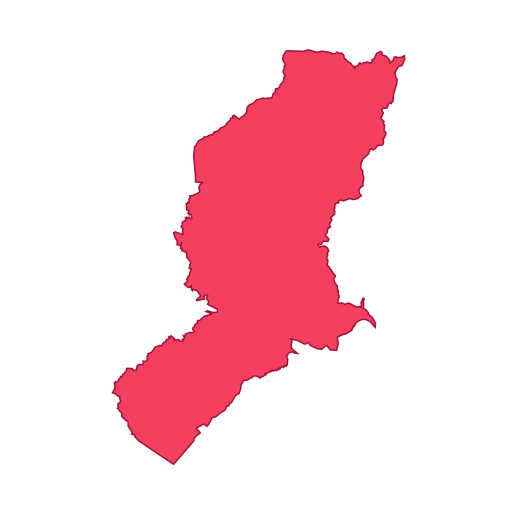 the district of Huanusco, Zacatecas, Mexico, rotated 95°
{"feature_id": "50627088B4993254330501", "entity_name": "Huanusco", "entity_type": "district", "adm_level": 2, "iso_a3": "MEX", "parent_name": "Mexico", "parent_adm1": "Zacatecas", "projection": "orthographic", "projection_center": [-102.931, 21.768], "detail": "fine", "context": "isolated", "style": "filled", "palette": "rose", "viewbox_px": 512, "rotation_deg": 95, "n_neighbors": 0, "source": "geoboundaries", "source_scale": "gbopen_adm2", "svg_char_len": 6082}
<svg xmlns="http://www.w3.org/2000/svg" viewBox="0 0 512 512"><g transform="rotate(95 256 256)"><path d="M316.7,131.1L312.8,131.0L308.5,133.6L306.3,135.6L305.6,137.5L304.7,137.9L304.1,139.2L302.6,139.3L299.9,141.9L298.9,144.6L295.8,144.4L291.9,145.1L289.6,144.4L288.6,144.9L289.1,146.0L291.8,146.4L292.6,147.2L297.6,146.6L297.2,148.3L298.0,150.3L297.5,152.8L295.0,158.9L295.0,160.5L296.4,163.2L295.2,166.4L295.9,169.1L295.6,170.5L291.7,170.3L288.9,169.4L286.4,171.0L283.0,171.1L281.8,172.2L278.6,172.5L276.2,174.9L273.0,176.4L271.4,176.6L269.9,175.3L268.2,175.4L267.7,176.7L266.4,177.3L266.2,178.3L265.0,178.5L264.6,179.5L263.3,179.7L262.9,180.9L260.5,182.1L259.2,184.2L254.0,184.0L251.8,185.6L249.0,184.6L246.6,185.3L244.6,183.9L241.9,185.5L240.2,188.1L240.1,189.4L241.5,193.4L239.0,195.4L238.4,194.1L239.0,192.2L235.4,190.3L235.2,185.6L233.1,184.9L232.3,185.2L229.1,188.9L226.2,187.0L222.8,186.9L220.4,184.2L218.2,185.7L213.3,183.6L211.3,184.8L207.5,181.4L204.2,181.5L203.0,182.4L201.3,181.6L199.0,182.0L197.1,181.2L195.8,179.8L196.0,178.3L194.0,178.4L192.8,176.3L193.5,173.8L190.6,167.6L191.3,164.3L191.0,163.0L189.8,159.2L188.3,158.4L187.4,156.7L186.3,156.6L185.0,158.1L181.4,159.4L179.2,158.2L176.5,155.4L175.0,155.9L168.5,155.4L164.7,157.1L162.1,156.9L159.7,159.1L155.9,159.7L149.8,157.8L144.7,153.0L139.8,151.6L139.0,150.2L140.2,148.5L138.0,146.0L135.5,144.6L134.5,140.1L133.4,139.1L130.4,138.8L129.6,139.6L123.2,137.2L121.7,137.6L119.6,139.5L114.9,139.3L112.5,140.8L111.0,140.2L108.2,143.4L102.4,141.7L99.0,143.8L97.9,142.6L97.2,138.4L92.2,136.8L91.6,136.3L92.3,134.5L90.4,133.8L90.3,133.1L82.2,132.9L72.2,130.9L67.6,130.8L66.1,132.1L62.3,133.3L60.2,133.1L54.7,130.6L53.7,127.2L46.8,125.0L43.5,125.6L45.5,128.7L45.9,132.7L45.4,133.9L45.9,135.7L49.6,136.6L51.8,139.5L49.7,139.9L47.6,141.5L45.6,143.7L44.8,147.8L42.3,148.3L41.3,149.6L43.6,153.5L48.9,155.3L50.7,157.7L52.0,156.8L52.8,157.3L54.0,159.9L53.1,161.0L53.2,162.8L53.9,162.9L53.9,165.5L55.5,167.3L54.5,169.6L56.6,170.6L58.4,172.5L58.4,173.6L60.4,174.1L58.5,175.3L57.1,177.6L56.0,178.1L53.9,182.1L52.4,183.4L51.4,185.5L48.7,185.8L46.2,188.5L47.1,190.1L45.8,192.9L47.5,194.7L47.9,197.0L46.5,201.7L46.2,208.1L47.5,211.8L47.7,213.8L46.0,221.8L48.0,226.4L48.8,243.0L49.6,244.1L53.2,246.0L57.1,246.6L59.4,245.8L63.1,243.2L64.6,244.4L65.3,244.0L69.7,245.1L72.6,243.8L73.9,242.4L75.3,243.7L79.7,244.0L83.4,246.8L86.2,247.5L87.5,249.5L87.5,250.8L88.7,250.7L89.3,251.4L90.8,250.8L92.8,253.0L97.0,253.9L98.2,260.4L98.0,262.7L100.6,269.2L104.3,272.1L105.7,275.5L106.9,276.5L108.8,277.7L113.9,278.1L117.7,280.5L118.4,282.2L121.1,284.5L117.7,290.0L118.6,291.6L120.3,290.9L121.0,293.3L122.8,293.4L125.9,296.4L128.7,297.6L130.2,299.6L131.2,302.0L134.7,304.8L136.1,308.5L139.1,310.1L139.4,312.4L141.6,315.5L142.0,318.2L143.3,318.6L146.2,323.2L151.7,325.7L152.4,326.8L161.8,326.8L182.5,323.1L187.4,322.8L187.5,316.0L190.2,318.1L192.7,318.9L196.4,317.7L198.5,319.2L201.3,324.6L201.9,327.2L203.6,326.6L206.0,327.8L208.4,327.2L208.5,328.7L209.4,328.8L209.9,330.1L216.3,329.0L216.3,327.0L218.1,326.7L219.3,327.7L220.6,325.9L220.1,325.6L220.8,324.1L224.3,323.1L224.3,325.6L223.3,326.1L224.4,326.3L223.3,328.9L224.2,329.6L224.2,328.9L226.4,329.0L228.7,332.3L232.2,332.3L232.7,333.1L234.0,332.7L235.3,331.2L239.2,331.4L239.9,330.5L241.1,330.7L239.0,338.6L240.1,340.2L244.5,338.3L248.3,335.6L251.5,335.7L252.3,331.8L247.9,331.2L255.1,331.8L255.2,330.4L257.2,330.4L257.9,327.2L258.6,326.5L258.4,325.4L263.2,324.9L268.1,320.3L270.2,321.2L274.3,321.4L274.2,319.5L281.9,321.0L281.9,321.6L285.4,323.1L286.9,321.9L290.4,325.0L293.2,320.7L292.9,319.2L291.4,318.0L295.4,317.1L296.0,316.3L294.6,316.2L295.6,313.1L295.0,312.3L300.7,307.7L304.8,311.3L305.7,311.2L303.4,303.9L299.6,304.0L299.2,303.1L299.4,300.8L302.8,301.8L305.4,299.1L308.4,299.9L312.4,290.0L313.4,289.5L315.4,289.8L316.0,294.5L314.8,299.6L315.7,301.0L317.1,296.3L317.9,295.1L320.5,302.3L325.0,306.4L325.4,308.6L327.6,308.5L329.3,310.5L331.7,311.2L332.7,312.5L334.6,312.8L336.3,310.6L337.4,311.5L338.1,313.9L337.8,315.1L340.0,319.6L342.3,320.3L341.9,321.2L343.3,320.3L344.4,320.6L345.6,322.1L346.6,321.0L347.7,323.5L346.0,325.9L346.9,330.0L346.5,330.5L345.6,329.9L342.9,333.6L344.1,334.5L343.7,335.6L344.4,335.9L345.1,334.9L347.0,336.6L346.9,337.9L349.5,338.6L350.1,340.6L353.6,342.2L353.4,344.2L355.8,348.6L361.3,351.8L362.8,355.2L364.4,354.7L365.7,355.9L368.0,355.1L369.7,355.7L370.5,356.7L370.6,359.4L372.0,358.8L373.8,359.6L374.5,360.8L374.1,363.1L375.9,364.8L380.2,365.4L380.6,367.5L378.8,369.9L379.2,374.9L382.1,375.4L385.2,377.6L385.4,378.5L387.7,378.9L387.8,380.1L390.7,381.4L390.7,382.0L392.9,382.3L394.0,384.3L393.4,385.1L395.1,386.1L397.5,385.1L400.3,385.1L404.8,387.0L405.1,385.0L407.8,380.8L407.9,379.4L410.2,379.2L412.7,378.0L415.7,380.8L419.0,379.9L419.8,380.8L421.1,378.9L422.9,378.0L423.4,376.3L427.2,375.8L428.4,374.9L431.4,370.9L432.0,369.0L436.8,368.5L442.4,363.9L444.2,364.6L444.9,361.0L446.8,360.7L450.5,356.5L470.7,320.0L445.4,301.7L443.5,301.7L440.9,300.3L437.1,296.1L432.7,300.5L427.9,293.4L429.9,290.3L429.5,289.6L427.2,288.1L426.2,288.1L424.6,286.9L420.8,285.6L419.7,282.0L416.0,278.5L411.9,273.1L408.9,272.6L407.3,270.0L404.9,269.3L404.4,267.8L397.7,264.7L395.5,262.8L394.8,261.0L388.4,259.5L386.5,259.8L381.1,257.6L380.7,254.8L379.5,252.5L377.4,250.2L377.6,249.2L375.9,248.3L375.5,245.7L376.2,243.2L375.6,242.4L377.2,241.5L373.7,236.3L373.5,237.1L372.1,236.5L372.2,235.2L370.2,232.6L370.3,231.9L369.4,231.5L369.6,230.5L368.3,229.9L369.1,228.5L368.0,226.5L368.4,225.4L366.9,224.8L367.4,224.3L367.1,223.2L365.8,223.3L366.1,222.0L364.8,221.8L364.0,219.3L364.6,218.8L362.4,217.4L363.2,216.3L361.8,215.4L355.9,215.4L353.2,216.8L349.3,214.5L348.3,211.2L349.4,209.1L349.5,206.2L344.8,212.6L341.0,213.2L338.0,212.7L335.6,213.8L336.6,207.2L339.6,199.7L337.6,196.5L340.4,194.1L342.9,187.1L343.2,182.4L339.4,178.8L339.5,177.1L342.9,174.1L343.1,167.6L336.3,166.4L329.7,167.9L326.2,161.6L326.0,160.0L321.6,154.0L318.9,153.5L317.1,151.8L317.0,152.2L313.6,150.5L310.3,145.9L309.6,141.6L311.3,136.7L316.7,131.1Z" fill="#f43f5e" stroke="#9f1239" stroke-width="1.5"/></g></svg>